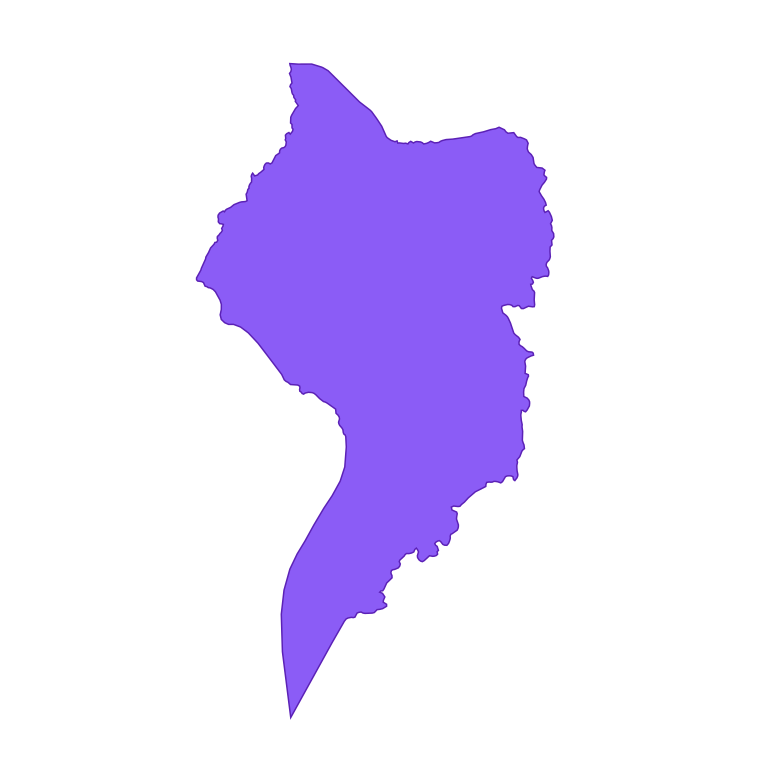 Nyakach, Nyanza, Kenya (Mercator projection), rotated 266°
{"feature_id": "3690345B60685501176062", "entity_name": "Nyakach", "entity_type": "district", "adm_level": 2, "iso_a3": "KEN", "parent_name": "Kenya", "parent_adm1": "Nyanza", "projection": "mercator", "projection_center": [34.915, -0.319], "detail": "fine", "context": "isolated", "style": "filled", "palette": "violet", "viewbox_px": 768, "rotation_deg": 266, "n_neighbors": 0, "source": "geoboundaries", "source_scale": "gbopen_adm2", "svg_char_len": 6170}
<svg xmlns="http://www.w3.org/2000/svg" viewBox="0 0 768 768"><g transform="rotate(266 384 384)"><path d="M632.1,516.7L630.9,513.3L630.3,508.1L628.6,500.8L627.4,492.6L626.4,490.2L625.2,488.6L624.8,486.9L623.5,469.6L623.5,463.0L622.8,459.2L622.2,457.3L621.2,455.7L621.0,453.7L621.0,451.3L622.9,447.5L621.8,445.4L621.1,443.3L620.7,440.4L622.1,438.9L622.9,437.4L623.6,433.6L623.3,432.0L622.4,430.2L624.2,427.6L623.1,425.6L621.8,424.6L622.7,422.5L622.6,420.3L623.4,416.3L623.4,414.5L625.6,414.0L624.9,411.9L626.6,408.0L629.5,404.4L630.8,403.5L641.3,399.7L649.6,395.0L656.5,390.7L658.1,389.3L667.0,379.3L700.4,350.1L703.7,345.3L704.5,343.8L708.2,334.2L709.1,320.4L710.2,312.4L708.3,312.6L706.1,313.3L704.1,313.5L702.0,312.8L700.4,311.4L696.6,312.6L690.7,313.2L689.1,311.7L687.2,310.9L685.2,312.1L681.4,312.5L679.8,312.9L678.3,314.0L676.1,314.1L673.6,315.7L672.2,315.2L667.7,317.9L665.0,315.0L658.7,310.7L656.6,309.6L650.9,309.0L649.4,310.3L645.9,310.1L644.6,311.0L642.5,310.4L639.8,307.9L641.5,306.7L640.5,304.4L639.1,303.0L635.8,303.1L634.4,302.5L632.3,303.4L628.9,302.7L627.7,301.9L626.8,300.6L626.5,298.5L625.5,297.1L623.9,296.2L621.8,295.9L619.4,291.9L612.4,287.7L611.5,285.9L612.6,284.0L612.6,282.0L611.4,280.6L609.9,279.7L608.4,279.1L606.4,279.2L603.8,275.7L602.6,273.7L601.3,272.5L600.6,269.5L603.5,267.7L602.1,266.6L600.5,266.0L598.3,266.3L594.6,265.9L593.6,264.8L592.0,263.7L590.3,263.0L588.6,262.9L587.7,261.8L584.6,260.8L583.0,259.7L576.4,260.2L575.7,258.6L575.6,254.3L575.2,252.4L573.4,246.9L570.9,243.3L569.3,239.1L568.3,237.8L566.9,236.9L567.8,235.6L566.0,231.9L564.0,230.3L562.1,230.0L560.2,230.4L557.3,230.0L555.4,231.3L555.0,233.4L554.4,234.9L552.4,234.2L550.5,232.9L548.5,233.5L546.8,232.3L545.6,230.9L544.1,229.7L542.8,228.1L541.2,227.8L538.9,228.2L537.1,226.9L537.0,225.2L535.3,224.2L531.8,220.5L527.5,218.2L523.1,215.2L521.1,214.7L512.2,209.9L510.3,209.2L502.9,204.4L501.0,204.3L499.7,205.3L498.9,209.2L497.8,211.0L494.1,212.3L493.4,214.2L492.4,215.4L492.0,217.3L490.2,220.2L487.7,222.3L479.1,226.3L474.8,227.3L469.7,226.9L464.4,225.4L459.7,226.2L456.3,229.3L454.3,233.1L454.0,238.0L450.9,244.8L444.5,252.2L433.4,261.2L420.5,269.7L400.7,282.6L395.1,284.8L393.4,286.5L392.4,288.3L390.0,290.7L389.0,297.8L387.8,299.7L386.0,299.9L384.5,299.4L382.7,299.5L381.8,300.7L380.2,301.7L379.5,303.1L380.5,304.8L381.0,308.1L380.4,311.8L379.6,313.5L378.1,315.2L373.9,318.8L370.7,322.4L370.0,324.3L368.8,326.1L362.3,334.0L358.1,334.1L356.2,335.9L354.2,337.0L352.2,337.2L349.1,336.0L347.5,336.2L345.8,336.9L343.1,338.9L341.4,339.8L338.3,340.0L336.8,340.5L335.8,341.7L334.2,342.2L323.8,342.0L304.0,339.1L290.1,333.5L276.2,324.5L264.4,315.4L248.4,304.3L232.8,294.2L220.5,285.5L205.9,277.2L185.4,269.9L161.5,265.5L124.0,264.0L57.8,267.7L129.5,314.1L150.1,327.9L152.3,329.9L153.1,331.9L153.3,333.5L153.5,335.3L153.1,337.0L153.4,338.7L157.4,341.2L158.0,343.2L158.1,345.3L157.0,347.0L156.5,349.0L156.3,356.4L156.7,358.4L159.4,361.4L159.5,364.0L160.0,367.0L162.1,371.1L164.1,371.2L166.4,368.0L168.2,368.3L171.5,370.0L175.3,367.9L176.6,365.2L177.8,366.5L177.8,368.3L179.4,369.6L185.3,372.8L190.1,378.5L192.4,378.6L193.8,378.0L195.3,377.7L197.4,378.4L198.1,379.8L198.3,381.7L199.6,385.5L201.3,387.0L203.4,387.7L205.7,386.8L207.2,387.5L210.9,392.1L212.4,393.2L213.3,394.6L213.1,397.2L213.5,399.8L214.4,402.0L216.8,403.2L218.0,404.8L216.1,406.0L214.1,406.7L210.3,405.3L208.4,405.4L206.1,406.7L204.7,408.3L204.1,409.9L205.0,411.8L209.5,417.4L208.7,420.6L208.8,422.5L209.3,424.3L210.5,425.6L213.0,425.3L214.2,426.7L218.3,425.7L219.6,424.2L221.3,423.5L222.5,424.6L223.5,426.4L223.9,428.2L222.9,429.5L219.9,431.5L219.0,433.1L218.7,435.5L220.4,437.2L222.1,438.1L224.3,439.0L225.8,439.4L227.6,439.4L229.4,440.1L229.9,441.5L233.1,446.8L234.7,447.7L236.3,448.2L238.3,448.4L244.2,446.9L246.3,447.2L249.5,448.0L251.2,447.5L253.6,443.0L256.5,442.6L257.4,445.0L256.6,449.3L256.7,451.2L258.4,452.9L260.6,456.0L264.5,460.1L270.1,467.6L274.7,478.4L276.8,478.7L278.7,479.6L278.9,482.0L278.6,483.6L278.6,485.2L279.2,486.9L279.0,488.7L278.4,491.0L277.2,493.6L278.3,495.4L283.1,498.7L283.7,500.5L283.7,502.5L283.4,504.5L282.6,506.1L279.5,506.6L278.5,507.8L281.1,510.1L283.0,511.0L284.4,511.2L288.0,510.7L291.5,510.7L293.4,510.8L296.6,511.7L298.9,511.3L302.1,514.4L307.4,516.9L308.7,518.1L309.7,519.6L313.5,519.4L315.9,518.6L318.2,518.1L327.0,519.0L331.5,518.7L333.9,519.0L338.3,518.4L343.0,518.3L344.6,518.5L346.4,519.1L348.1,519.1L348.1,520.8L346.9,521.9L346.4,523.3L348.1,525.0L352.0,527.5L354.3,527.9L356.1,528.0L357.9,527.4L359.9,525.9L361.8,522.6L366.1,522.7L369.6,523.3L372.9,525.3L377.0,526.5L380.3,527.8L381.7,528.7L383.2,528.6L384.8,525.5L392.0,526.5L396.5,526.0L397.9,526.5L399.5,527.7L400.3,529.1L401.7,532.6L402.3,535.2L404.4,535.0L405.5,533.9L406.1,530.4L407.1,528.6L409.9,526.2L411.5,524.6L412.8,522.7L414.2,521.5L416.6,521.6L419.0,522.8L421.2,521.5L424.1,518.3L425.8,517.0L436.0,514.4L440.8,512.6L442.4,511.8L443.9,510.6L446.7,507.5L451.4,506.5L453.3,507.0L454.0,508.8L454.7,512.9L454.4,515.1L453.6,517.0L452.2,518.1L452.0,520.0L453.0,522.8L452.7,524.4L449.7,526.3L449.5,528.3L451.5,533.5L450.6,537.7L450.7,539.3L452.6,539.8L457.5,539.7L464.7,540.6L466.2,540.1L467.8,538.6L471.7,537.5L473.2,537.3L473.4,539.1L475.0,540.1L476.9,539.6L479.2,538.4L480.7,539.3L479.1,542.7L478.7,544.1L478.8,545.6L480.0,549.3L480.3,551.4L480.3,553.1L479.9,554.8L481.3,555.8L483.5,556.2L485.3,556.2L488.7,555.2L490.0,554.2L491.9,554.1L493.9,554.9L496.4,557.6L497.9,558.3L499.3,558.8L504.9,558.8L509.1,559.3L511.0,561.3L515.7,561.2L517.2,562.8L518.9,563.7L522.2,563.7L525.4,562.1L528.4,562.4L530.5,562.1L532.2,561.3L535.5,563.3L539.3,562.7L543.8,561.0L545.4,559.8L543.9,556.6L545.4,555.8L547.4,555.4L548.9,555.6L550.3,556.6L551.1,558.3L553.8,557.8L557.2,556.4L560.7,554.3L565.0,552.2L566.6,552.7L571.3,555.5L574.0,558.1L577.1,560.4L578.8,560.6L580.0,559.2L581.5,558.1L584.5,558.8L586.0,559.5L588.4,556.8L589.4,551.5L592.0,549.7L593.5,549.0L599.6,548.5L602.6,546.9L605.2,544.4L607.0,543.7L608.7,543.3L611.5,543.8L614.1,544.6L617.5,543.2L618.7,541.3L620.5,537.5L620.6,534.7L621.7,533.5L625.7,531.0L625.5,525.1L627.1,523.2L629.2,521.9L632.1,516.7Z" fill="#8b5cf6" stroke="#5b21b6" stroke-width="1.5"/></g></svg>